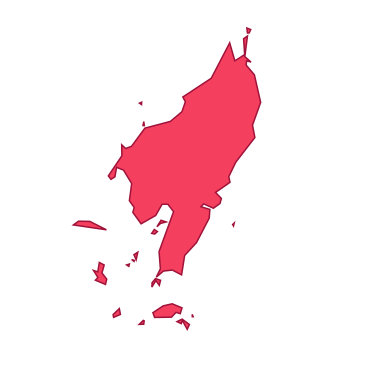 outline of Ko Chang, Trat, Thailand, rotated 62°
{"feature_id": "78962969B80719111705399", "entity_name": "Ko Chang", "entity_type": "district", "adm_level": 2, "iso_a3": "THA", "parent_name": "Thailand", "parent_adm1": "Trat", "projection": "mercator", "projection_center": [102.37, 12.028], "detail": "medium", "context": "isolated", "style": "filled", "palette": "rose", "viewbox_px": 384, "rotation_deg": 62, "n_neighbors": 0, "source": "geoboundaries", "source_scale": "gbopen_adm2", "svg_char_len": 1930}
<svg xmlns="http://www.w3.org/2000/svg" viewBox="0 0 384 384"><g transform="rotate(62 192 192)"><path d="M80.3,69.8L80.9,74.5L95.4,81.0L96.3,92.6L78.0,88.7L100.6,121.6L103.8,155.5L109.2,155.5L116.4,163.2L119.5,178.0L113.5,203.6L123.3,224.0L122.4,230.2L117.3,231.9L127.1,236.9L138.5,258.3L142.8,257.6L142.4,252.9L134.8,247.0L140.5,242.2L156.2,241.3L170.3,251.4L178.5,250.3L182.2,253.8L196.2,251.9L195.7,235.1L188.8,224.2L191.4,219.1L200.7,217.5L229.2,249.1L245.0,256.0L250.4,263.5L248.4,254.3L251.7,246.0L260.3,240.1L244.6,228.3L238.8,211.8L223.2,189.1L215.8,184.4L209.2,191.0L208.0,187.2L216.4,180.7L215.3,172.7L211.5,169.1L203.4,171.4L201.3,153.9L195.7,152.3L186.2,139.3L173.4,110.9L161.4,107.2L145.1,89.3L117.8,81.9L105.4,84.6L101.8,82.2L105.0,78.9L97.3,81.8L80.3,69.8ZM285.2,283.9L292.9,268.9L290.8,262.6L293.9,259.5L289.6,255.2L281.4,262.0L279.0,270.9L280.2,283.2L285.2,283.9ZM165.4,312.2L185.2,285.3L170.0,296.0L164.5,305.9L165.4,312.2ZM215.2,303.8L210.7,306.9L218.3,312.7L215.0,315.8L223.3,315.2L224.5,318.7L233.0,311.8L228.9,308.2L221.2,309.5L215.2,303.8ZM307.8,256.5L299.6,260.4L299.4,266.1L303.2,263.3L300.8,260.8L311.0,260.7L307.8,256.5ZM265.9,320.1L266.5,312.7L260.8,310.9L263.2,319.2L265.9,320.1ZM259.1,264.7L255.2,261.2L251.3,264.9L253.3,269.8L257.1,272.1L253.3,265.5L259.1,264.7ZM206.3,228.9L202.4,232.6L206.2,239.3L205.0,234.5L206.3,228.9ZM220.1,272.7L225.6,273.1L219.7,268.1L220.1,272.7ZM210.7,241.1L207.4,242.9L209.6,247.0L211.6,244.7L210.7,241.1ZM76.1,63.9L73.0,66.6L77.6,68.4L78.4,66.8L76.1,63.9ZM284.1,300.8L286.1,296.7L283.3,294.7L282.5,295.3L284.1,300.8ZM111.0,202.9L107.2,201.5L110.3,204.1L111.0,202.9ZM88.9,196.7L91.1,195.5L89.0,194.3L88.9,196.7ZM225.7,284.0L228.0,282.7L226.2,281.1L225.7,284.0ZM223.3,277.0L226.1,275.8L225.4,275.0L223.3,277.0ZM300.1,249.3L302.3,250.3L302.7,249.5L300.1,249.3ZM239.8,171.4L241.5,171.3L239.2,169.3L239.8,171.4Z" fill="#f43f5e" stroke="#9f1239" stroke-width="1.5"/></g></svg>